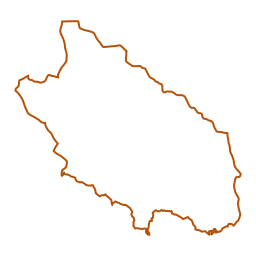 Bac Me, Hà Giang, Vietnam
{"feature_id": "81297802B85329428934549", "entity_name": "Bac Me", "entity_type": "district", "adm_level": 2, "iso_a3": "VNM", "parent_name": "Vietnam", "parent_adm1": "Hà Giang", "projection": "equal_earth", "projection_center": [105.318, 22.763], "detail": "fine", "context": "isolated", "style": "outline", "palette": "amber", "viewbox_px": 256, "rotation_deg": 0, "n_neighbors": 0, "source": "geoboundaries", "source_scale": "gbopen_adm2", "svg_char_len": 5848}
<svg xmlns="http://www.w3.org/2000/svg" viewBox="0 0 256 256"><path d="M126.6,51.3L122.4,47.2L120.6,45.6L119.9,45.3L118.1,45.5L116.7,45.9L114.5,46.1L104.2,47.0L103.1,46.9L101.5,45.0L100.3,42.9L98.5,41.1L96.5,38.1L94.3,33.7L93.3,32.7L91.8,31.9L88.4,30.9L85.5,30.3L82.3,29.3L79.9,28.1L79.6,27.6L79.3,26.7L78.6,22.6L78.1,21.3L73.9,21.2L62.2,21.5L62.0,23.9L60.2,30.2L60.4,31.8L60.8,33.7L63.0,38.2L63.9,40.9L64.6,43.4L65.2,48.5L66.3,52.2L66.7,54.3L66.7,55.7L66.4,61.0L64.5,64.0L61.5,67.7L59.7,71.1L58.1,74.6L58.0,77.4L54.5,76.4L52.1,76.0L49.5,75.0L48.9,75.0L48.3,75.3L47.8,75.7L47.3,76.6L45.2,80.9L44.1,81.7L42.8,82.1L41.3,82.6L40.0,82.6L38.7,82.1L36.9,81.7L34.3,81.6L33.1,80.7L32.0,80.1L29.7,79.7L28.4,78.7L28.1,77.7L28.1,75.9L26.3,76.7L23.7,78.4L20.6,79.9L19.6,80.2L19.4,80.6L19.0,82.0L18.7,85.6L18.3,86.5L16.2,88.3L15.7,89.1L15.4,90.6L16.4,91.4L18.1,93.1L20.0,95.5L21.6,97.9L22.9,100.5L24.0,103.8L25.4,107.7L27.9,113.0L28.6,113.7L30.7,115.2L34.0,116.9L39.0,120.0L40.2,121.2L41.7,122.4L43.9,122.8L45.1,122.8L45.1,124.0L45.6,125.6L46.8,128.1L47.8,129.9L51.3,133.4L53.6,138.2L55.3,140.6L57.8,143.7L55.4,147.2L54.1,149.9L53.7,151.2L56.5,153.5L60.9,156.1L63.0,157.6L65.4,159.7L66.4,160.8L66.7,161.2L66.9,162.2L66.9,163.4L66.4,165.8L66.0,167.0L65.6,167.7L62.7,169.8L62.2,170.4L61.9,171.1L61.5,174.5L61.7,175.4L62.0,175.8L62.9,175.1L64.0,172.8L64.7,173.9L65.1,174.2L66.4,174.5L67.9,174.6L68.6,174.8L69.6,175.4L70.9,176.4L71.9,176.6L74.0,177.2L75.0,177.6L75.2,177.9L75.6,179.5L75.9,180.0L76.4,180.9L76.9,181.3L79.5,182.3L80.4,182.3L81.3,182.0L82.5,182.5L84.5,183.6L85.8,184.8L86.3,185.0L88.4,185.5L90.0,185.6L90.7,185.6L91.9,185.2L92.7,185.2L93.1,185.7L93.3,186.2L93.4,186.8L94.0,187.3L94.4,188.0L94.9,189.1L95.9,192.7L95.8,193.2L97.8,195.0L99.8,196.3L101.9,195.2L104.1,195.2L105.4,194.4L106.2,195.5L107.7,196.6L109.8,198.6L111.0,199.6L111.3,200.0L111.4,200.6L111.5,201.4L111.9,203.9L112.2,204.6L112.8,203.6L113.6,202.8L114.9,201.7L115.6,201.5L116.5,202.0L118.8,202.9L120.8,204.0L122.9,204.8L125.7,205.0L126.6,205.4L128.0,206.7L128.9,207.1L129.8,207.9L130.6,209.1L131.3,210.3L131.9,210.9L132.2,211.5L132.3,212.1L132.3,212.4L131.3,214.2L131.4,214.8L132.3,216.5L133.2,217.1L133.7,217.8L134.0,218.8L134.4,220.4L133.5,221.8L133.4,222.2L133.7,224.1L133.4,225.1L133.4,225.7L133.5,226.2L134.4,227.2L134.9,228.0L135.3,228.5L135.6,228.5L136.5,228.2L137.1,228.2L139.8,228.6L141.2,229.0L143.1,228.9L144.0,228.5L146.1,228.7L146.3,229.2L146.0,231.2L146.0,232.0L146.2,232.5L146.8,233.4L147.6,234.2L148.2,234.6L149.3,234.8L149.4,234.6L149.3,234.2L148.6,232.4L147.6,231.1L147.6,230.2L148.7,226.7L148.8,226.1L148.8,224.4L149.4,222.3L149.6,221.5L149.8,221.2L150.1,221.0L151.8,220.9L152.0,220.8L152.0,220.4L151.6,219.3L151.5,218.5L151.7,218.3L152.7,217.9L153.0,217.6L153.2,214.2L152.8,213.6L152.7,213.0L152.8,212.6L153.2,212.1L153.8,211.9L154.1,211.6L154.4,211.0L154.9,210.6L155.5,210.4L156.5,210.4L157.5,211.3L158.1,211.4L159.1,211.3L160.6,210.7L161.7,210.0L162.2,210.6L162.7,210.9L163.1,210.9L163.9,210.4L165.3,210.9L166.3,211.1L167.1,211.0L167.3,210.8L168.2,211.1L169.2,211.0L169.6,211.2L170.2,211.3L171.3,211.0L171.6,211.4L171.8,211.7L171.9,213.0L172.1,213.4L173.0,213.8L173.8,214.0L174.3,214.5L175.3,214.5L176.3,214.7L181.8,217.9L183.0,219.1L184.4,218.6L187.6,217.1L188.0,217.1L189.1,218.6L190.0,219.3L191.0,219.7L191.5,220.2L192.1,221.2L192.5,222.1L193.3,224.7L194.9,226.3L195.2,226.9L195.4,227.5L195.5,229.5L199.5,230.4L200.5,230.8L201.5,231.6L204.3,231.4L204.9,231.2L205.3,231.3L205.8,231.6L207.5,233.4L208.1,233.6L208.9,234.4L209.3,234.6L209.5,234.3L209.5,234.0L209.0,232.5L208.9,231.8L209.0,231.5L209.6,231.1L210.5,231.1L211.7,230.7L211.9,230.9L212.0,231.2L211.7,231.8L211.5,232.8L211.6,234.2L211.9,234.3L212.1,234.1L212.5,233.0L213.4,232.7L213.6,232.6L213.6,232.2L213.2,231.7L213.2,231.1L213.6,230.1L213.8,229.3L214.0,229.0L215.2,229.0L215.3,229.2L214.9,230.3L215.0,230.7L215.3,230.9L215.7,230.9L216.2,230.6L216.4,230.8L216.3,231.4L215.8,232.4L216.1,232.6L217.1,231.8L218.5,232.0L218.8,231.9L219.7,231.2L220.5,231.4L221.5,230.3L222.5,228.5L223.3,227.9L223.8,227.6L224.3,227.6L225.6,226.7L226.8,226.3L227.7,226.5L227.9,225.4L228.2,224.9L228.6,224.5L228.7,224.0L229.0,223.8L229.6,224.1L230.8,223.8L232.2,224.3L233.2,225.4L233.6,225.6L234.2,225.2L236.9,221.5L237.8,221.0L238.1,220.7L239.3,218.1L239.7,216.6L240.1,215.4L240.1,214.4L240.1,213.4L238.9,209.4L237.9,203.5L238.2,201.5L238.7,199.9L238.7,198.9L238.5,197.9L235.4,192.5L234.2,187.4L234.1,186.6L234.1,185.0L234.3,183.8L235.4,178.7L235.8,178.0L236.4,177.2L236.9,176.9L237.5,176.9L238.5,177.1L239.0,177.0L239.4,176.8L240.4,175.7L240.6,174.0L240.6,173.6L239.9,172.8L236.2,168.6L235.2,167.1L234.6,165.7L234.0,163.1L233.6,160.3L233.2,158.9L232.1,155.7L230.6,152.8L229.9,150.0L229.9,148.1L229.5,145.4L228.7,143.5L228.3,139.7L227.5,136.2L227.5,133.5L227.4,133.2L227.0,133.0L224.8,132.9L224.0,132.7L223.4,132.7L221.4,132.0L219.6,131.9L217.1,131.7L216.6,131.3L216.2,130.8L213.9,126.4L213.3,123.7L212.9,122.8L212.2,121.9L211.0,121.0L208.7,120.4L206.5,119.1L204.1,118.7L203.5,118.5L202.6,117.3L202.3,116.3L202.1,114.6L201.9,114.1L201.5,113.6L201.1,113.4L198.6,113.0L197.8,112.6L197.2,112.0L196.1,110.3L194.9,108.8L194.2,108.0L193.5,107.8L191.6,107.8L190.8,107.5L190.3,107.0L189.1,105.4L185.2,97.2L184.1,96.1L183.2,95.6L181.6,95.1L178.4,95.2L176.4,94.7L175.9,94.5L174.8,93.6L172.0,91.8L171.3,91.7L169.5,91.6L167.0,91.4L164.7,92.4L164.2,92.4L163.7,92.2L162.6,91.0L162.4,89.5L162.4,87.3L162.3,85.9L162.0,84.9L161.4,84.3L160.8,83.9L158.9,83.4L157.8,82.2L157.0,81.8L155.9,81.7L155.6,81.5L155.1,80.6L153.4,79.1L150.5,77.7L149.9,77.2L149.3,76.5L148.4,74.9L146.7,71.3L145.6,69.5L145.2,68.8L144.8,68.4L143.0,68.1L142.6,68.0L140.6,66.3L139.6,66.0L138.8,66.0L136.7,66.2L133.4,66.2L132.5,66.0L126.9,62.2L126.4,61.6L126.0,60.8L125.9,59.8L125.9,58.3L126.3,55.9L126.3,52.0L126.6,51.3Z" fill="none" stroke="#b45309" stroke-width="2"/></svg>